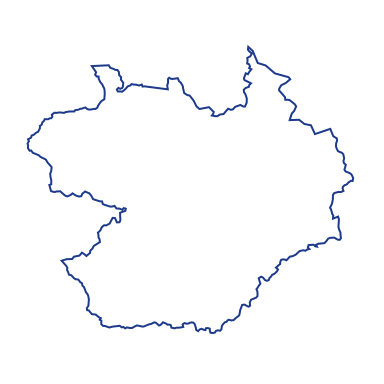 Santa Maria, Rio Grande do Sul, Brazil, rotated 357°
{"feature_id": "56859067B70904349952345", "entity_name": "Santa Maria", "entity_type": "district", "adm_level": 2, "iso_a3": "BRA", "parent_name": "Brazil", "parent_adm1": "Rio Grande do Sul", "projection": "robinson", "projection_center": [-53.836, -29.777], "detail": "fine", "context": "isolated", "style": "outline", "palette": "blue", "viewbox_px": 384, "rotation_deg": 357, "n_neighbors": 0, "source": "geoboundaries", "source_scale": "gbopen_adm2", "svg_char_len": 5680}
<svg xmlns="http://www.w3.org/2000/svg" viewBox="0 0 384 384"><g transform="rotate(357 192 192)"><path d="M77.7,279.8L79.2,281.3L80.9,286.7L82.2,288.3L82.9,290.2L83.4,293.7L82.6,300.2L80.9,302.5L81.1,304.5L82.8,304.9L84.1,306.8L85.6,308.7L89.5,309.4L92.7,312.4L94.3,313.2L93.2,314.7L94.7,315.7L94.5,319.2L96.1,321.0L98.5,321.4L102.4,323.0L105.0,322.4L106.9,322.2L110.6,322.0L112.8,321.8L114.8,323.5L116.4,323.2L118.1,324.7L119.9,323.8L123.0,324.6L125.0,324.7L127.3,323.5L129.9,322.4L131.5,322.7L135.7,323.9L137.6,323.5L142.3,321.9L144.3,321.6L147.6,320.2L149.1,320.7L152.1,323.6L153.7,323.0L156.3,320.6L159.1,322.0L160.5,323.2L162.1,323.2L163.7,323.7L164.4,326.4L167.5,327.2L169.5,326.7L172.1,326.8L174.2,326.6L176.2,326.3L175.7,323.7L177.6,322.5L179.5,323.2L181.5,323.2L182.9,322.5L184.7,322.2L186.5,322.5L187.7,323.9L188.3,326.0L188.8,328.0L188.9,329.8L190.8,331.3L192.4,329.7L194.5,329.1L196.4,330.2L198.2,330.6L198.7,328.8L200.7,328.7L202.6,329.4L202.6,331.8L203.1,333.5L205.6,334.0L207.6,333.5L208.7,331.9L210.8,331.5L212.9,332.0L214.1,330.8L214.5,329.0L214.9,327.2L216.3,325.4L218.1,323.8L219.6,323.5L220.7,322.1L222.2,321.5L224.4,322.3L226.9,322.1L228.9,320.3L230.9,319.0L232.7,317.6L233.4,315.1L234.0,312.3L236.2,307.4L238.6,307.2L240.9,308.7L242.6,309.5L244.1,308.5L243.9,305.3L245.3,302.7L247.9,301.8L250.6,300.8L252.0,299.2L252.1,297.4L252.1,294.9L251.3,292.4L252.5,291.0L253.6,289.3L255.5,287.2L254.8,284.6L254.1,281.6L256.6,280.2L258.6,281.3L260.2,283.7L262.1,284.6L264.0,284.0L264.9,281.9L266.3,280.8L267.8,278.8L269.5,278.3L270.9,277.3L272.7,275.7L273.8,273.8L271.9,271.9L273.2,270.9L274.7,269.6L276.2,268.6L276.5,266.4L277.5,264.4L279.1,264.0L281.0,264.3L282.8,265.1L286.3,261.7L289.2,261.3L292.2,260.1L296.4,256.6L300.1,256.0L302.2,256.6L303.7,255.6L306.2,255.0L304.8,253.6L305.6,251.1L310.6,251.0L312.2,252.7L313.9,253.1L313.1,251.3L315.4,250.3L321.6,250.0L323.6,248.1L325.5,245.7L327.8,245.0L331.6,245.0L335.0,247.2L337.0,247.5L338.3,246.0L338.1,242.9L338.1,240.3L337.0,237.3L336.4,234.6L336.7,231.8L337.1,229.0L337.2,226.5L336.6,224.2L331.4,226.0L331.8,223.0L330.9,221.1L330.4,218.8L329.9,216.6L329.0,215.0L329.9,213.4L331.2,211.0L331.8,208.5L332.3,206.7L332.4,204.7L332.7,202.1L334.1,200.5L336.4,200.0L338.2,199.6L340.6,199.9L343.3,198.9L342.6,196.5L342.9,194.8L344.7,193.2L346.9,192.6L348.7,190.7L351.3,189.1L353.0,189.4L353.7,186.7L352.8,184.1L351.8,182.4L350.0,181.1L348.1,180.3L346.4,179.5L345.4,177.6L346.3,175.2L347.0,172.9L345.2,171.0L344.9,169.0L345.7,166.3L345.4,164.4L345.0,162.1L343.5,160.5L341.9,159.9L339.9,158.8L338.8,156.3L338.2,154.3L338.4,151.3L339.5,148.4L339.4,146.0L336.0,143.7L333.4,136.2L317.8,140.6L314.3,131.6L307.9,130.0L304.2,126.8L302.7,125.5L293.3,125.3L295.8,118.8L298.2,116.5L300.5,112.0L299.2,109.7L294.4,105.4L292.6,104.9L290.0,104.8L289.8,102.2L288.2,100.0L285.5,96.6L284.3,95.2L284.5,93.3L286.8,90.0L291.3,88.1L296.0,84.5L294.4,82.4L281.0,77.9L272.2,69.5L264.4,66.6L260.0,54.3L255.8,50.0L255.3,52.7L256.3,54.3L259.0,56.9L257.3,59.5L254.2,61.0L254.4,63.3L253.8,66.6L255.7,67.4L256.5,69.8L255.5,71.3L257.7,72.5L255.2,75.4L254.0,77.3L251.9,76.3L249.8,81.2L250.3,83.0L256.6,86.5L254.8,88.2L254.2,90.0L251.0,90.9L249.1,92.6L249.1,95.0L250.4,97.0L251.6,101.4L251.3,105.6L249.4,109.4L247.8,109.4L244.9,107.6L239.6,109.2L237.1,111.7L234.9,111.9L232.4,110.7L227.6,115.8L223.8,116.1L221.5,117.6L219.2,117.5L215.9,116.7L217.3,115.0L217.9,113.2L215.9,111.0L213.4,108.2L203.8,109.5L201.0,106.8L200.0,104.6L198.8,101.7L197.9,100.1L196.3,97.8L194.6,95.5L192.5,95.0L189.4,92.8L188.7,89.0L188.3,85.7L186.6,82.3L184.9,80.6L183.7,77.6L180.9,77.9L178.2,78.1L176.6,77.7L175.2,76.7L174.0,77.9L173.8,81.7L172.8,84.2L173.2,88.2L152.3,84.4L150.2,84.0L148.1,84.1L147.5,82.1L144.6,82.9L141.8,81.9L139.5,81.7L137.3,81.1L135.9,82.4L133.4,83.1L131.2,85.4L129.2,87.0L127.7,88.1L124.9,87.8L123.2,87.7L122.3,85.7L124.0,84.2L125.7,85.2L127.5,84.6L128.5,83.2L129.1,79.4L126.9,76.1L127.2,73.6L125.4,71.5L125.2,68.2L124.0,66.3L121.8,66.0L119.8,64.8L116.9,63.7L115.5,61.1L98.6,61.0L102.5,67.4L101.4,69.8L102.9,71.7L104.7,71.8L104.8,74.2L106.0,77.2L108.0,79.9L108.8,82.0L109.7,83.8L110.0,85.6L110.0,89.2L109.3,94.8L106.7,96.2L105.3,97.5L102.7,100.9L101.8,102.9L100.0,104.0L97.8,103.9L95.9,104.3L93.6,104.3L91.8,103.7L89.9,102.0L88.3,102.4L86.4,103.0L84.7,103.1L82.8,103.9L79.8,104.1L78.6,105.4L73.5,105.2L70.0,105.6L68.4,106.3L64.0,105.6L60.4,105.9L58.8,105.6L56.0,107.5L56.5,109.5L55.4,110.9L53.6,111.0L52.2,111.8L48.7,111.6L47.9,113.2L46.3,114.5L45.3,117.1L43.6,118.0L43.4,120.6L42.3,122.3L41.5,123.8L39.3,124.7L37.0,126.6L34.8,127.2L34.1,129.3L31.0,130.8L31.8,132.7L30.3,135.0L30.8,137.1L30.4,139.5L32.0,142.3L33.5,142.1L35.1,144.5L40.9,147.3L42.5,149.0L47.7,151.9L49.3,155.0L53.1,159.7L52.6,163.4L51.3,166.5L51.6,170.5L52.1,172.7L51.8,177.0L49.9,177.5L51.3,183.8L54.7,184.9L56.7,184.4L60.5,184.4L61.8,185.8L63.3,187.2L64.8,188.7L67.1,189.9L70.7,188.6L72.6,187.1L75.9,189.5L78.9,190.6L81.2,190.4L82.3,188.1L85.2,185.9L89.4,188.0L91.1,190.3L92.9,194.0L99.2,196.4L101.7,196.7L102.3,199.4L104.2,200.3L109.3,202.2L111.2,202.4L113.9,201.8L115.7,204.5L118.7,204.8L121.4,206.1L123.0,204.5L125.0,205.2L124.4,207.4L122.0,208.0L119.1,209.0L119.0,210.9L119.0,216.4L118.0,218.4L115.4,218.4L113.8,214.1L111.4,213.7L108.1,219.2L104.6,220.9L102.6,220.6L101.1,221.5L99.6,223.2L98.7,225.2L97.3,226.6L95.9,227.7L96.3,229.8L96.3,232.6L97.2,234.3L97.4,237.2L91.0,240.8L89.7,243.2L87.3,245.4L87.0,247.5L83.2,250.4L81.4,248.6L78.9,246.8L76.3,249.6L70.7,250.4L68.8,252.7L63.6,252.5L58.2,253.8L62.6,259.2L63.6,261.4L63.1,263.2L64.1,265.5L64.8,268.1L67.2,268.9L69.7,272.0L71.2,273.0L73.9,273.5L75.7,276.2L77.3,277.3L77.7,279.8Z" fill="none" stroke="#1e3a8a" stroke-width="2"/></g></svg>